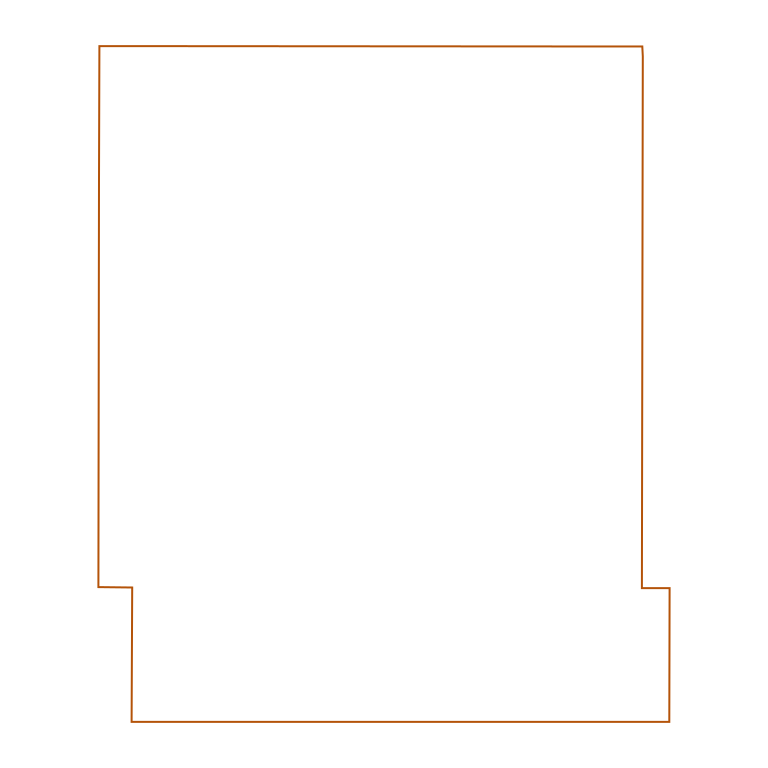 Griggs, North Dakota, United States of America
{"feature_id": "52423323B60878721807061", "entity_name": "Griggs", "entity_type": "district", "adm_level": 2, "iso_a3": "USA", "parent_name": "United States of America", "parent_adm1": "North Dakota", "projection": "albers", "projection_center": [-98.207, 47.456], "detail": "fine", "context": "isolated", "style": "outline", "palette": "amber", "viewbox_px": 768, "rotation_deg": 0, "n_neighbors": 0, "source": "geoboundaries", "source_scale": "gbopen_adm2", "svg_char_len": 253}
<svg xmlns="http://www.w3.org/2000/svg" viewBox="0 0 768 768"><path d="M669.3,721.9L669.6,588.1L641.9,588.1L642.8,56.4L642.3,46.5L99.4,46.1L99.0,179.3L98.4,587.1L132.2,587.5L131.6,721.9L669.3,721.9Z" fill="none" stroke="#b45309" stroke-width="2"/></svg>